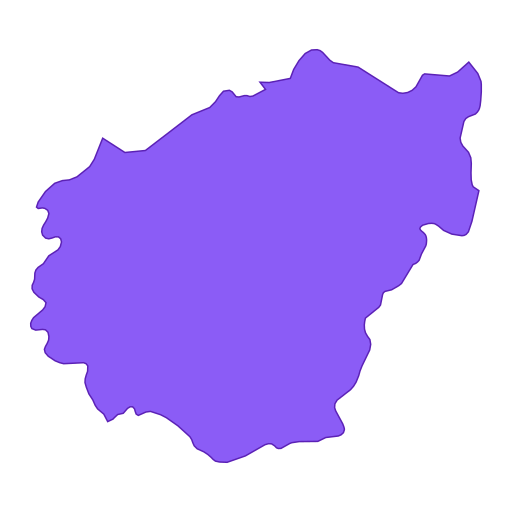 the border of Corrèze
{"feature_id": "FRA-5280", "entity_name": "Corrèze", "entity_type": "Metropolitan department", "adm_level": 1, "iso_a3": "FRA", "parent_name": "France", "parent_adm1": "", "projection": "mercator", "projection_center": [1.862, 45.347], "detail": "fine", "context": "isolated", "style": "filled", "palette": "violet", "viewbox_px": 512, "rotation_deg": 0, "n_neighbors": 0, "source": "natural_earth", "source_scale": "10m", "svg_char_len": 3018}
<svg xmlns="http://www.w3.org/2000/svg" viewBox="0 0 512 512"><path d="M249.8,96.5L252.8,96.1L265.5,89.4L260.0,82.2L269.3,82.5L290.3,78.4L293.7,69.4L299.0,60.6L305.2,53.5L311.5,50.0L317.2,49.7L320.1,50.6L322.6,52.4L329.7,60.1L333.3,62.7L358.1,67.1L398.5,92.7L402.8,93.3L407.7,92.5L412.2,90.3L416.0,86.8L422.5,75.2L424.6,73.9L449.5,76.0L457.6,72.1L468.8,62.1L477.8,73.5L481.0,81.4L481.3,84.5L481.3,91.8L480.7,100.6L480.1,105.7L479.5,108.1L478.8,109.9L477.4,112.0L475.4,114.0L468.5,116.7L465.8,118.5L463.9,121.5L460.1,138.1L460.8,142.3L462.8,146.0L468.5,152.3L470.8,157.8L471.3,163.6L471.0,172.8L471.2,179.8L472.2,184.8L473.2,186.8L478.9,190.7L471.9,221.4L468.4,231.8L466.1,234.4L464.1,235.4L461.9,235.7L451.8,234.1L443.6,230.4L438.6,226.1L435.8,224.3L434.3,223.6L431.7,223.3L428.4,223.5L422.6,225.2L420.5,227.0L419.8,228.7L420.6,230.1L421.8,231.3L423.1,232.3L424.3,233.5L425.3,234.7L426.0,236.2L426.4,237.9L426.6,240.0L426.5,241.9L426.3,244.0L425.8,245.8L421.5,253.9L419.1,260.3L417.5,262.0L415.7,263.4L413.0,264.5L401.5,283.5L398.7,285.7L391.6,289.8L385.0,291.4L383.4,292.7L382.6,294.5L380.5,305.0L378.8,307.3L365.4,318.1L364.7,321.5L364.3,324.9L364.5,329.1L365.5,332.8L367.5,336.3L369.9,339.6L370.7,344.3L369.7,350.0L362.1,365.7L360.0,371.0L358.7,375.7L356.1,382.1L353.5,386.3L350.5,389.7L337.1,400.1L334.9,403.8L334.6,407.6L335.7,410.9L342.7,423.8L343.7,426.4L344.2,428.1L344.4,429.2L344.2,430.3L343.4,432.7L341.1,434.8L338.3,436.0L325.8,437.5L317.8,441.4L299.1,441.6L291.8,442.7L289.9,443.4L281.0,448.4L278.3,448.5L276.5,447.8L274.6,445.8L271.5,443.8L268.4,443.7L265.0,444.7L245.4,455.9L227.1,462.3L219.5,462.0L215.4,461.1L213.1,459.4L211.1,457.3L207.9,454.5L203.8,451.8L197.2,448.8L194.2,445.8L192.8,442.7L191.7,439.6L189.9,436.7L177.9,425.8L166.4,417.7L160.6,414.7L150.5,411.4L146.0,412.0L138.3,415.4L136.2,414.1L135.3,411.7L134.5,408.8L132.6,406.8L130.1,406.8L127.5,408.4L124.3,412.1L123.2,413.3L117.7,414.5L114.2,417.8L113.0,419.1L107.7,421.6L103.8,414.1L97.6,408.9L95.2,405.3L92.8,399.9L88.9,393.9L86.3,387.1L85.0,382.6L85.2,378.8L86.2,375.2L87.6,371.3L87.8,365.9L86.1,363.7L83.6,362.7L63.7,363.7L59.8,362.7L55.1,360.8L48.3,356.3L45.2,352.7L44.4,349.3L45.5,346.4L47.2,343.4L48.6,340.1L48.9,336.6L48.0,332.3L45.5,329.8L42.6,329.4L35.7,330.1L31.9,328.6L30.8,326.3L30.7,323.3L31.8,320.4L33.6,317.6L42.7,309.9L45.1,306.7L46.0,302.7L43.4,299.7L38.8,297.0L33.9,292.3L32.1,288.8L32.2,285.3L33.6,282.3L34.6,279.2L34.9,273.0L35.9,270.0L38.1,267.4L43.4,263.7L48.8,255.8L57.9,249.9L60.3,246.6L61.5,242.0L60.7,238.8L58.5,236.9L55.4,236.8L52.1,238.0L48.8,238.8L45.6,238.1L42.6,235.1L41.7,231.8L42.1,228.4L43.6,225.1L45.8,221.6L47.7,218.0L48.9,213.5L47.7,210.3L44.9,208.4L42.4,207.9L38.2,208.5L36.5,207.1L38.2,202.0L45.5,191.5L54.7,183.3L62.4,180.6L69.3,179.9L76.9,176.9L89.7,166.6L94.3,159.3L102.7,138.2L124.9,152.5L145.4,150.5L191.9,114.8L209.8,107.5L215.5,101.7L219.5,95.7L223.5,91.2L229.4,90.3L232.2,91.9L236.1,96.7L239.0,97.0L244.4,95.6L246.9,95.6L249.8,96.5Z" fill="#8b5cf6" stroke="#5b21b6" stroke-width="1.5"/></svg>